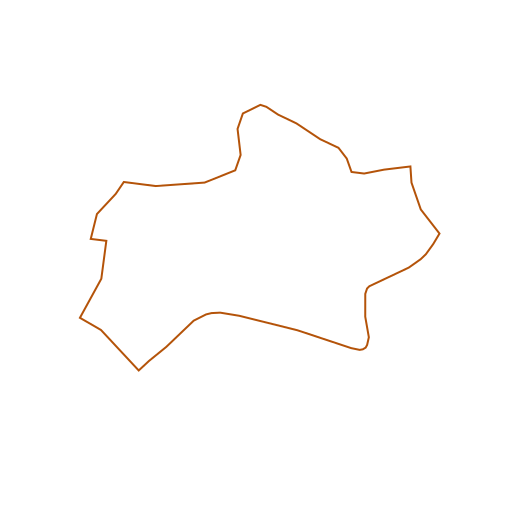 Taedong, P'yŏngan-namdo, North Korea (Robinson projection), rotated 52°
{"feature_id": "82179303B2846476233094", "entity_name": "Taedong", "entity_type": "district", "adm_level": 2, "iso_a3": "PRK", "parent_name": "North Korea", "parent_adm1": "P'yŏngan-namdo", "projection": "robinson", "projection_center": [125.569, 39.107], "detail": "fine", "context": "isolated", "style": "outline", "palette": "amber", "viewbox_px": 512, "rotation_deg": 52, "n_neighbors": 0, "source": "geoboundaries", "source_scale": "gbopen_adm2", "svg_char_len": 785}
<svg xmlns="http://www.w3.org/2000/svg" viewBox="0 0 512 512"><g transform="rotate(52 256 256)"><path d="M274.0,418.9L272.8,404.8L272.4,382.8L268.6,344.9L271.3,331.3L273.6,326.2L278.6,319.1L292.8,306.0L340.0,269.1L387.2,237.7L393.8,232.1L395.3,229.3L395.7,226.0L394.5,223.2L389.5,217.1L371.1,207.3L353.1,193.2L350.0,188.5L349.6,185.3L359.2,142.7L359.9,128.1L359.2,121.1L355.7,109.0L351.3,97.6L320.8,97.5L293.9,88.3L280.5,79.2L266.8,101.9L257.6,120.0L248.6,129.0L235.1,124.5L221.6,124.4L203.5,133.5L176.4,142.5L158.3,151.5L144.8,156.0L139.6,159.5L135.6,178.6L144.5,192.3L166.9,205.9L175.7,219.6L166.5,251.3L139.1,292.0L116.3,314.6L120.7,328.3L125.0,355.5L140.8,375.7L151.9,364.6L178.7,391.9L196.3,432.8L218.9,423.7L274.0,418.9Z" fill="none" stroke="#b45309" stroke-width="2"/></g></svg>